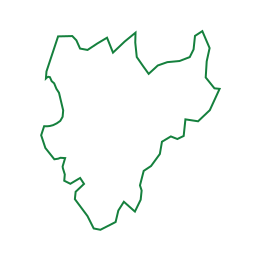 SVG path tracing the border of Amatas, rotated 96°
{"feature_id": "LVA-5781", "entity_name": "Amatas", "entity_type": "Municipality", "adm_level": 1, "iso_a3": "LVA", "parent_name": "Latvia", "parent_adm1": "", "projection": "equal_earth", "projection_center": [25.336, 57.115], "detail": "fine", "context": "isolated", "style": "outline", "palette": "green", "viewbox_px": 256, "rotation_deg": 96, "n_neighbors": 0, "source": "natural_earth", "source_scale": "10m", "svg_char_len": 1072}
<svg xmlns="http://www.w3.org/2000/svg" viewBox="0 0 256 256"><g transform="rotate(96 128 128)"><path d="M187.0,185.9L180.8,186.0L174.7,188.6L173.1,189.0L164.5,187.4L164.7,192.1L165.8,194.2L166.8,198.0L156.5,208.1L144.3,213.6L135.0,211.6L134.7,208.4L134.2,206.0L133.0,202.8L130.8,199.3L128.0,196.1L123.7,194.2L117.3,194.3L100.2,200.3L96.5,203.3L91.3,206.1L89.4,208.8L85.6,211.0L85.4,212.5L86.0,213.7L87.3,214.8L80.3,215.0L44.2,207.1L42.4,193.0L46.2,188.5L54.0,184.0L54.6,176.4L47.2,167.4L40.4,158.3L54.6,150.8L42.3,140.3L32.4,130.5L42.3,129.7L56.5,126.7L65.2,119.2L72.0,113.1L62.7,104.9L58.4,95.8L56.0,83.8L51.0,74.0L43.0,71.0L29.4,71.0L23.9,64.2L40.0,55.2L53.5,56.7L69.6,56.0L79.5,46.2L79.5,41.0L101.7,48.5L114.0,59.0L113.4,71.8L130.1,71.8L133.8,77.8L131.9,84.5L138.1,92.8L150.5,93.6L163.4,101.1L169.0,107.9L183.8,110.1L188.8,107.9L198.0,107.9L210.4,112.4L201.8,124.4L211.1,129.0L222.8,130.5L232.1,144.8L231.5,151.6L219.8,159.1L204.3,173.4L196.9,173.4L188.2,165.9L182.7,170.4L189.5,179.5L187.1,185.9L187.0,185.9Z" fill="none" stroke="#15803d" stroke-width="2"/></g></svg>